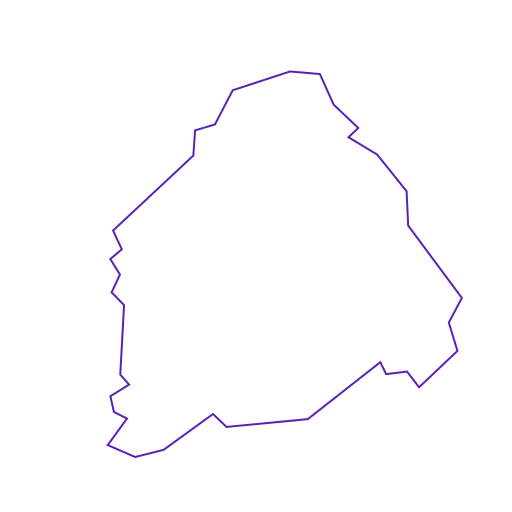 outline of Zrnovtsi, Zrnovci, North Macedonia, rotated 76°
{"feature_id": "65306769B51513115302581", "entity_name": "Zrnovtsi", "entity_type": "district", "adm_level": 2, "iso_a3": "MKD", "parent_name": "North Macedonia", "parent_adm1": "Zrnovci", "projection": "equal_earth", "projection_center": [22.434, 41.837], "detail": "fine", "context": "isolated", "style": "outline", "palette": "violet", "viewbox_px": 512, "rotation_deg": 76, "n_neighbors": 0, "source": "geoboundaries", "source_scale": "gbopen_adm2", "svg_char_len": 601}
<svg xmlns="http://www.w3.org/2000/svg" viewBox="0 0 512 512"><g transform="rotate(76 256 256)"><path d="M346.5,66.4L263.3,101.0L229.6,94.2L186.9,113.9L163.2,137.5L156.5,125.8L128.0,144.0L94.9,150.0L85.2,178.3L89.5,238.4L118.4,264.0L119.4,284.7L143.4,292.5L196.7,388.5L217.1,384.6L223.7,398.1L241.1,392.5L256.4,404.9L271.7,395.9L338.3,416.4L350.1,410.2L356.8,431.2L372.9,431.6L382.5,420.5L403.6,445.6L421.8,421.9L421.7,392.5L398.9,335.9L414.7,326.0L426.8,245.2L389.1,161.1L402.1,158.3L404.7,137.4L422.8,129.5L396.8,83.5L367.2,85.0L346.5,66.4Z" fill="none" stroke="#5b21b6" stroke-width="2"/></g></svg>